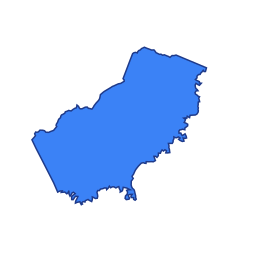 Ibaiti, Paraná, Brazil, rotated 250°
{"feature_id": "56859067B34229173137225", "entity_name": "Ibaiti", "entity_type": "district", "adm_level": 2, "iso_a3": "BRA", "parent_name": "Brazil", "parent_adm1": "Paraná", "projection": "robinson", "projection_center": [-50.321, -23.79], "detail": "fine", "context": "isolated", "style": "filled", "palette": "blue", "viewbox_px": 256, "rotation_deg": 250, "n_neighbors": 0, "source": "geoboundaries", "source_scale": "gbopen_adm2", "svg_char_len": 3853}
<svg xmlns="http://www.w3.org/2000/svg" viewBox="0 0 256 256"><g transform="rotate(250 128 128)"><path d="M180.3,196.0L181.0,194.2L180.0,191.6L181.3,190.6L182.5,189.2L183.6,188.0L184.4,187.1L184.5,185.5L186.1,184.2L186.4,182.8L188.2,181.1L189.2,180.1L190.9,179.7L192.5,179.1L193.2,176.8L194.8,175.0L196.2,173.3L198.3,171.0L198.1,169.4L198.0,167.8L197.2,166.4L197.1,164.6L196.4,163.3L195.4,162.4L196.5,160.9L196.7,159.3L196.3,157.8L190.6,152.8L176.0,140.2L174.6,140.8L173.2,140.4L172.4,136.4L172.8,134.0L172.6,131.1L172.4,129.2L172.4,127.6L172.0,126.1L170.5,118.3L170.1,117.0L168.8,113.5L167.6,112.8L166.4,112.1L165.4,111.4L164.6,110.6L163.8,109.4L162.3,106.5L160.5,103.7L159.3,102.4L158.1,100.5L159.5,98.6L160.0,97.5L161.6,96.9L162.2,95.0L161.8,91.3L162.4,89.6L163.4,89.1L165.3,88.9L167.0,87.9L165.5,87.0L164.6,86.2L164.7,84.7L164.2,82.5L163.5,80.4L164.1,79.3L164.8,78.3L164.6,76.6L164.7,74.7L163.5,73.6L163.1,71.4L163.0,70.0L162.1,68.9L160.8,68.1L160.0,66.0L159.0,65.0L157.5,63.8L156.1,62.0L155.0,61.3L153.7,61.5L152.1,58.7L151.2,57.3L151.2,55.7L151.2,53.8L151.0,52.1L152.1,49.4L154.0,48.6L155.0,47.2L156.1,44.5L155.0,42.5L155.1,40.9L155.8,39.9L154.5,38.3L152.5,38.4L151.5,36.9L150.7,35.4L149.8,33.7L140.4,34.6L127.1,36.3L102.0,39.4L91.8,40.0L92.1,42.2L91.4,44.6L90.3,43.3L89.4,46.7L87.1,48.0L87.7,49.6L89.4,51.0L86.2,50.0L83.8,50.2L84.7,51.7L86.2,53.4L86.3,54.8L84.4,55.9L83.4,52.8L82.7,51.5L80.0,50.6L79.4,51.9L80.1,52.9L81.2,54.3L81.8,55.6L80.8,57.5L79.0,55.8L77.5,54.1L76.5,53.4L75.4,52.9L75.5,54.7L75.2,57.6L74.0,57.6L71.9,57.9L72.1,59.2L73.5,58.8L74.2,60.6L73.2,62.3L74.3,63.0L74.5,66.0L73.4,66.7L71.3,68.7L72.5,69.7L74.3,70.6L75.4,70.9L74.3,72.1L72.9,73.2L72.5,75.1L74.2,76.2L75.9,76.6L78.2,76.8L79.6,78.1L79.0,79.7L80.0,81.2L79.6,83.6L79.7,85.5L78.9,87.2L77.4,86.9L78.3,88.9L79.7,90.6L77.8,91.2L78.1,93.1L77.5,94.7L75.8,96.1L76.1,97.5L76.1,99.3L74.1,99.1L72.7,99.3L71.5,99.3L70.5,98.8L70.7,100.7L71.6,101.8L73.9,103.2L72.9,104.9L72.0,106.3L69.4,108.7L69.8,107.4L69.9,105.4L68.0,105.7L66.1,104.6L65.0,102.4L62.9,101.2L61.3,101.9L61.0,103.4L60.8,104.7L61.7,105.6L62.9,105.2L64.8,105.2L65.0,107.1L64.2,109.3L63.0,107.4L61.5,107.4L60.7,109.4L59.0,108.9L57.7,110.0L58.3,111.4L60.0,111.4L61.7,112.0L63.8,112.2L66.9,112.6L68.1,112.5L69.7,111.6L71.4,111.3L73.5,111.5L75.4,112.3L77.0,112.9L77.9,114.4L78.9,115.7L80.1,115.3L81.3,115.3L82.7,117.4L84.7,119.3L86.1,120.8L87.3,122.6L88.6,124.7L90.4,128.4L90.2,130.5L89.2,131.6L88.6,132.8L90.1,133.6L89.0,136.5L88.4,138.5L87.6,140.2L88.0,142.6L90.0,142.6L92.5,142.7L92.0,144.3L90.5,145.2L91.6,147.0L94.0,148.0L93.2,149.8L94.7,151.1L95.7,152.5L94.2,153.5L94.9,155.2L93.6,156.4L91.7,155.0L91.0,156.8L90.6,158.9L92.1,159.2L93.8,159.6L95.9,159.7L97.0,160.4L98.2,160.5L99.7,160.7L99.3,161.9L98.4,164.3L99.5,165.6L101.0,166.2L102.1,167.4L103.9,168.1L102.8,169.1L102.2,170.4L102.4,172.3L100.8,173.5L100.1,171.7L98.6,172.6L96.8,174.4L96.5,176.1L98.0,176.3L99.7,176.4L98.7,178.1L98.6,179.6L100.3,179.9L103.0,179.6L102.3,176.4L103.8,176.0L105.2,175.9L105.7,174.2L107.6,174.7L108.5,176.0L108.2,177.4L108.2,178.9L106.9,180.8L108.5,181.4L109.2,183.6L109.6,184.8L111.1,185.4L112.5,184.3L114.0,182.7L115.1,183.9L116.5,185.0L118.2,183.8L117.9,185.4L117.1,186.6L118.8,187.7L116.7,189.4L118.7,190.7L117.9,193.4L117.2,195.7L117.5,197.5L118.8,199.2L120.1,200.0L121.4,200.1L122.9,201.0L124.4,201.0L125.8,201.9L127.3,202.4L128.4,203.0L128.2,204.3L129.7,204.5L131.8,204.6L132.9,205.9L133.9,204.8L135.6,204.0L136.8,203.0L138.4,203.1L139.6,204.8L139.1,206.5L140.6,206.1L141.8,205.3L143.3,205.3L145.4,205.8L146.7,207.2L145.0,208.4L143.7,209.7L145.0,212.2L145.9,210.5L147.2,210.9L148.1,210.0L149.3,208.7L150.5,207.9L151.5,210.0L153.1,210.5L154.1,212.5L153.7,214.1L154.6,215.0L155.5,216.9L156.5,218.4L155.0,218.8L154.6,220.1L155.7,220.9L157.7,222.3L180.1,198.1L180.3,196.0Z" fill="#3b82f6" stroke="#1e3a8a" stroke-width="1.5"/></g></svg>